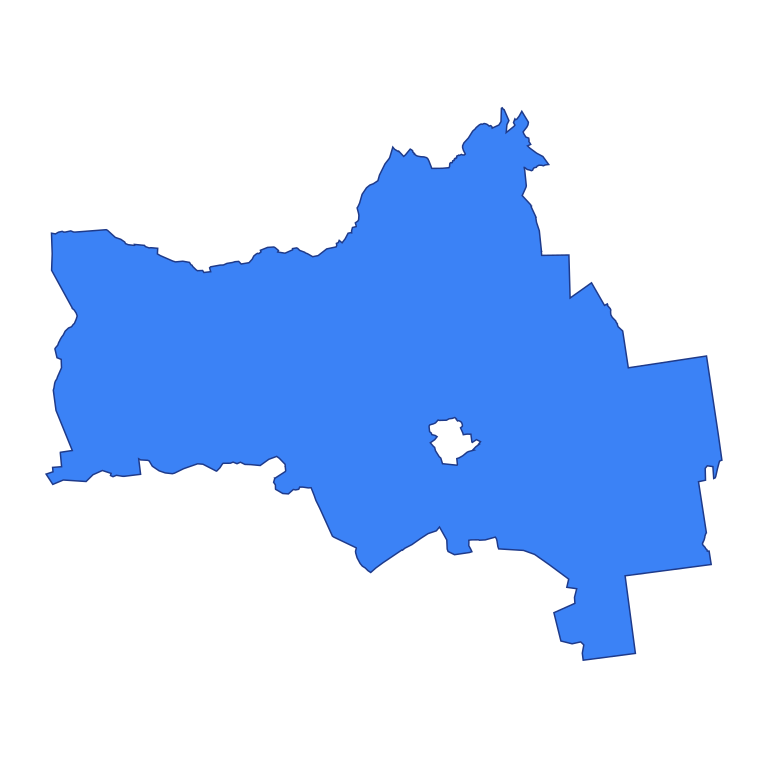 the district of Viesītes pag., Viesites, Latvia
{"feature_id": "27541924B828825882748", "entity_name": "Viesītes pag.", "entity_type": "district", "adm_level": 2, "iso_a3": "LVA", "parent_name": "Latvia", "parent_adm1": "Viesites", "projection": "orthographic", "projection_center": [25.496, 56.366], "detail": "fine", "context": "isolated", "style": "filled", "palette": "blue", "viewbox_px": 768, "rotation_deg": 0, "n_neighbors": 0, "source": "geoboundaries", "source_scale": "gbopen_adm2", "svg_char_len": 6069}
<svg xmlns="http://www.w3.org/2000/svg" viewBox="0 0 768 768"><path d="M635.4,653.4L625.1,575.8L711.2,564.5L709.1,551.1L707.3,551.1L706.9,549.6L705.7,548.7L705.1,547.4L703.0,545.1L702.6,544.4L702.5,543.3L702.7,543.1L702.8,542.3L703.1,542.2L704.1,539.9L704.8,537.4L704.9,536.2L705.9,533.3L706.4,532.9L698.5,481.7L705.5,480.2L705.2,468.3L707.3,465.8L712.9,466.6L713.7,478.5L715.1,477.9L715.7,476.6L717.5,468.6L719.3,461.8L720.1,460.7L721.9,460.2L718.5,435.9L706.5,356.0L628.3,367.8L622.7,331.0L618.1,326.7L617.3,324.4L617.4,323.9L616.1,322.1L615.7,320.9L612.2,317.3L610.9,314.9L610.7,313.9L610.6,311.3L610.8,310.0L610.2,308.6L607.5,305.5L607.7,304.8L607.3,303.9L604.5,305.4L591.5,282.8L570.1,298.0L568.9,255.0L541.7,255.4L541.3,251.3L541.6,251.2L541.4,250.8L539.3,230.7L536.5,222.3L535.7,217.0L535.9,217.0L531.3,207.1L531.5,206.1L531.0,206.0L530.7,204.8L522.2,195.6L526.0,187.2L526.3,185.8L524.7,170.1L524.2,167.5L524.7,167.5L527.2,169.5L529.6,170.0L531.4,170.7L532.6,170.2L533.1,169.0L534.2,167.7L536.3,167.3L537.1,166.2L539.0,165.2L541.8,165.3L543.3,165.8L545.5,164.9L548.7,164.5L542.9,156.5L536.7,153.2L529.8,148.1L527.5,145.9L530.7,144.4L528.8,141.3L529.1,140.3L528.7,138.1L525.8,137.0L523.8,133.7L523.1,131.9L526.9,127.0L528.0,124.8L528.4,122.2L521.8,111.3L519.1,116.2L516.9,119.1L515.6,119.7L514.9,118.9L513.5,122.6L514.9,125.1L514.0,126.3L506.2,132.6L506.9,124.7L508.9,120.6L504.1,109.6L503.4,109.4L502.2,107.8L501.4,108.3L501.0,121.6L498.9,125.0L492.2,128.1L492.0,126.9L491.0,125.8L490.5,125.6L489.2,126.1L487.5,124.6L486.0,123.9L484.1,123.5L482.2,124.3L481.1,124.0L479.3,124.9L476.1,127.6L475.3,128.8L472.7,131.1L468.4,138.0L463.9,142.9L462.6,145.8L462.6,147.7L463.4,150.3L465.3,154.0L465.1,154.3L464.2,155.0L462.4,154.9L461.4,154.4L459.4,155.4L458.8,155.1L458.6,155.4L457.1,155.8L456.7,156.3L456.7,157.8L455.6,158.6L455.3,158.2L454.6,158.7L454.1,159.6L454.1,160.5L452.7,160.8L452.3,162.5L451.7,162.8L450.8,162.6L449.9,163.3L449.7,164.4L449.6,166.4L448.9,167.7L442.2,168.3L431.8,168.4L428.9,160.9L427.9,158.9L426.7,157.7L424.0,156.9L420.7,156.7L417.5,156.1L416.1,155.4L414.3,154.1L414.6,153.7L412.7,151.9L412.8,151.1L411.8,150.0L410.2,149.1L405.4,154.9L403.7,156.4L398.7,151.1L398.3,151.5L394.5,149.2L392.8,147.1L389.8,157.3L389.2,158.5L385.0,163.9L379.5,175.0L377.9,180.7L373.4,183.7L369.8,185.1L366.5,187.8L362.1,194.3L359.6,203.1L358.0,206.6L357.1,207.9L358.5,213.2L358.9,215.4L358.6,219.7L357.8,221.1L355.3,222.9L356.1,225.5L356.2,226.6L352.5,227.5L351.6,230.6L351.6,232.8L351.1,232.6L348.1,233.2L345.1,238.9L342.1,242.8L339.2,240.4L338.3,242.6L336.4,243.4L336.8,245.3L336.1,246.9L326.7,248.9L318.1,255.6L312.7,256.7L307.5,253.7L305.3,252.9L304.8,252.3L299.7,250.4L297.6,248.3L296.5,247.9L292.5,248.6L292.6,249.8L285.0,253.2L277.7,252.0L278.5,250.5L275.2,247.7L273.9,247.0L267.6,247.4L260.4,250.3L261.0,251.9L258.9,253.6L257.5,253.3L256.1,254.1L253.8,256.0L252.2,259.2L249.0,262.7L241.2,264.0L238.7,261.4L235.0,261.7L232.4,262.5L226.9,263.4L223.4,265.0L220.1,265.1L210.7,266.8L209.6,267.8L210.7,271.7L203.9,272.5L202.6,270.5L197.4,270.7L196.2,269.9L192.6,266.4L192.1,265.3L190.9,264.7L189.5,262.4L182.8,261.2L175.5,261.9L172.9,261.1L160.3,255.6L157.4,253.9L157.7,248.3L150.9,247.7L149.1,247.9L145.4,246.6L144.5,245.4L134.4,244.4L134.6,245.3L134.1,245.4L128.2,244.7L125.5,243.6L124.7,242.0L120.8,239.3L115.3,237.4L107.5,230.3L106.2,229.7L74.9,232.1L73.5,232.0L70.8,230.9L65.2,232.1L63.6,232.1L62.5,231.4L61.9,231.4L58.4,232.2L55.5,233.9L51.5,233.2L52.2,253.7L51.6,270.3L72.2,307.9L72.2,308.4L74.2,310.0L76.2,313.1L77.2,316.0L76.2,319.2L74.4,323.4L73.1,324.6L71.6,326.7L68.5,328.0L65.2,331.1L63.2,335.1L61.7,337.0L60.2,339.5L59.4,341.4L58.8,342.2L57.8,345.1L55.5,347.8L54.9,348.9L57.0,357.7L61.2,359.4L61.5,367.8L57.4,377.1L56.9,378.8L55.4,381.1L54.7,383.2L53.9,388.2L53.3,390.2L56.0,410.4L72.3,450.5L60.4,452.3L60.3,452.8L61.6,466.7L52.6,467.4L53.0,471.8L46.1,474.1L52.8,484.4L63.3,480.0L86.1,481.5L93.0,474.7L102.4,470.5L111.1,473.4L110.5,475.5L113.0,476.7L116.4,475.3L122.7,476.3L124.3,476.3L140.6,474.3L138.7,458.8L140.6,459.9L147.7,460.3L148.9,460.8L149.3,461.1L152.3,466.2L159.1,470.8L165.2,472.9L172.4,473.7L174.6,473.1L183.6,468.7L197.6,463.8L202.9,464.2L216.3,471.1L216.9,470.9L219.9,467.8L222.5,463.8L223.1,463.3L230.4,463.2L233.1,462.1L237.0,463.7L240.4,462.2L244.9,464.4L250.6,464.6L260.2,465.5L268.8,459.3L276.7,456.4L279.3,458.3L285.1,464.3L285.3,466.4L285.1,466.6L285.3,467.0L285.7,470.8L285.2,471.6L275.0,478.2L274.6,478.1L274.7,478.6L273.6,482.3L275.4,484.9L275.5,488.9L275.6,489.3L282.8,493.5L288.4,493.9L293.3,489.5L295.6,489.9L298.7,489.3L299.7,487.1L302.8,487.1L308.3,487.9L311.1,487.7L314.2,495.5L315.9,500.4L319.8,508.3L332.4,536.1L333.8,537.1L356.2,547.8L356.3,548.3L355.5,551.3L355.7,553.0L357.1,557.8L360.1,563.4L362.3,566.1L365.3,568.0L367.9,570.6L370.7,572.5L375.8,568.0L383.0,562.7L402.0,549.9L402.5,550.2L404.9,548.2L411.9,544.6L420.7,538.4L428.1,533.6L436.4,530.8L439.5,527.0L446.8,540.0L447.2,549.1L448.1,551.5L454.5,554.7L469.5,552.5L471.9,551.7L470.6,548.9L468.8,545.7L468.9,542.1L468.8,540.3L471.0,539.9L478.6,539.8L479.3,540.2L485.2,539.9L495.3,537.1L496.4,538.7L497.0,540.9L497.9,546.6L498.7,548.9L523.5,550.4L534.6,554.4L549.4,564.8L568.7,579.1L566.8,587.3L576.7,588.7L574.5,597.4L574.9,603.3L553.9,612.7L560.9,641.0L572.1,643.8L580.7,641.9L583.8,644.9L582.3,653.2L583.2,660.2L635.4,653.4ZM475.8,446.8L473.0,449.7L474.0,450.1L468.4,451.6L467.0,452.3L462.6,455.9L459.0,457.9L456.8,458.6L457.4,464.6L457.0,465.2L442.5,463.7L440.8,458.1L439.2,456.7L435.5,450.8L434.6,447.3L433.6,446.6L430.3,442.8L434.7,439.7L437.1,436.7L435.3,435.5L431.8,434.6L431.3,433.1L429.6,431.6L429.1,427.1L429.1,426.0L429.9,424.8L433.3,423.9L435.5,422.9L438.1,420.0L439.1,420.4L446.5,420.2L449.0,418.8L452.3,418.4L454.8,417.5L456.4,418.9L456.2,419.3L457.5,420.9L457.9,420.6L459.6,421.0L460.9,421.8L461.6,422.6L462.3,424.4L462.4,426.0L462.2,426.5L460.5,427.8L462.8,432.9L463.3,434.7L467.0,434.1L470.9,434.2L471.9,442.0L472.3,442.4L476.5,439.6L480.5,441.7L478.7,444.0L479.3,444.2L475.8,446.8Z" fill="#3b82f6" stroke="#1e3a8a" stroke-width="1.5"/></svg>